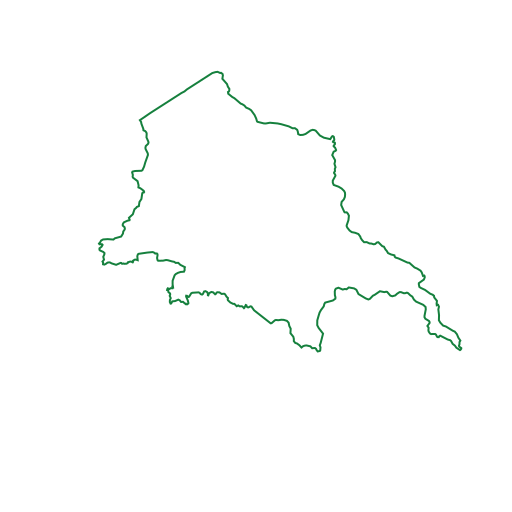 the district of Mchinji, Mchinji, Malawi, rotated 331°
{"feature_id": "42251766B46471952803478", "entity_name": "Mchinji", "entity_type": "district", "adm_level": 2, "iso_a3": "MWI", "parent_name": "Malawi", "parent_adm1": "Mchinji", "projection": "albers", "projection_center": [33.098, -13.779], "detail": "fine", "context": "isolated", "style": "outline", "palette": "green", "viewbox_px": 512, "rotation_deg": 331, "n_neighbors": 0, "source": "geoboundaries", "source_scale": "gbopen_adm2", "svg_char_len": 6138}
<svg xmlns="http://www.w3.org/2000/svg" viewBox="0 0 512 512"><g transform="rotate(331 256 256)"><path d="M220.3,80.9L220.5,83.0L219.9,84.8L219.1,90.1L218.5,91.5L219.7,93.1L220.0,94.8L219.7,96.0L217.7,99.2L217.3,103.7L216.9,104.8L215.9,105.6L212.9,106.4L211.7,107.8L211.3,108.9L211.1,113.7L210.5,115.2L204.5,120.5L201.4,123.6L198.2,125.9L197.1,125.9L191.4,123.0L188.9,122.3L188.2,122.8L187.6,125.4L186.5,126.9L186.4,127.9L188.7,133.1L187.6,137.2L186.4,139.0L187.7,140.7L188.4,142.2L189.4,144.6L189.2,145.8L188.6,146.1L187.9,145.7L187.0,145.9L183.4,150.6L180.3,152.2L177.7,155.6L175.6,155.3L174.5,155.8L172.4,156.2L168.5,159.8L163.4,161.0L163.1,163.0L162.7,163.4L160.7,162.8L156.9,162.5L155.8,163.0L154.8,163.7L154.2,164.8L155.0,167.1L154.5,168.6L153.9,169.2L151.8,170.2L150.5,171.9L147.5,173.6L141.1,172.1L139.3,172.5L134.4,169.3L130.3,167.4L128.0,167.4L126.1,168.6L124.7,169.0L124.8,169.9L127.0,171.0L127.2,171.9L125.4,173.0L122.8,173.4L122.1,174.7L122.3,175.6L124.4,178.4L124.9,180.0L124.1,181.1L122.0,182.7L121.3,185.5L119.0,186.5L119.1,187.6L118.2,189.1L119.2,190.0L120.7,190.1L122.9,189.8L124.3,190.3L125.1,190.8L126.1,192.4L129.4,195.9L134.3,196.4L134.8,196.8L135.1,197.9L136.6,198.4L136.9,198.9L138.9,199.9L140.3,200.0L140.9,199.4L143.3,199.9L144.1,200.4L145.1,201.8L145.7,201.5L146.2,200.5L148.1,200.4L149.2,200.9L150.5,202.3L152.1,198.6L153.5,197.3L154.4,197.2L162.6,200.3L167.6,202.5L168.8,204.1L169.0,205.0L170.5,205.7L170.7,206.5L170.4,207.4L168.5,209.8L167.9,211.8L168.1,212.7L172.4,215.0L175.4,215.9L176.8,216.9L179.9,220.0L181.6,221.4L182.4,223.1L184.7,224.3L185.5,227.0L188.4,231.3L187.5,232.2L186.8,233.7L185.4,234.8L182.3,233.4L179.6,232.9L177.0,232.9L175.5,233.4L171.1,237.2L169.4,240.2L168.3,243.1L168.0,242.8L167.9,243.5L167.4,243.8L165.8,242.8L164.3,242.9L163.2,241.5L162.4,241.9L161.7,242.7L162.5,243.6L161.9,245.2L162.7,247.1L162.2,248.2L161.2,249.0L161.0,251.5L159.4,252.7L158.3,254.5L158.2,256.2L158.8,256.4L160.8,255.1L163.4,256.2L166.9,256.5L167.8,257.8L168.2,259.9L170.0,260.7L170.7,263.0L171.5,263.6L171.3,264.2L172.3,264.9L173.8,264.7L174.1,264.3L174.8,261.9L175.2,257.6L175.7,256.9L176.3,257.3L177.1,259.1L177.7,259.2L181.3,257.2L182.5,257.3L188.2,260.0L188.8,260.9L189.2,262.6L190.1,263.6L191.1,263.5L193.4,261.9L194.8,262.3L195.8,264.0L195.6,265.6L194.9,267.0L195.2,267.3L196.9,265.8L199.5,265.8L200.9,267.0L201.7,269.7L202.4,269.7L203.9,268.9L204.7,269.0L206.4,270.1L207.5,272.5L209.8,273.5L210.4,274.5L210.5,277.3L211.1,279.2L210.2,280.2L210.0,281.1L211.0,284.2L212.8,286.8L213.9,287.4L214.8,290.6L216.5,290.6L217.3,292.1L219.3,293.1L219.8,294.1L220.2,295.8L220.7,295.7L223.3,293.9L223.7,294.4L223.4,295.9L223.9,296.9L224.5,297.3L226.7,297.3L227.5,298.0L228.0,302.6L236.2,322.0L237.1,322.3L241.3,321.4L242.4,321.6L244.4,323.0L247.2,324.0L249.3,325.3L251.6,327.7L252.2,330.1L251.2,333.4L251.1,336.4L248.7,340.2L249.5,344.7L248.9,346.9L247.8,348.8L248.2,351.1L249.4,352.3L250.7,355.1L251.4,358.1L253.6,357.7L255.4,358.1L256.8,358.7L259.8,361.4L260.4,363.9L262.9,365.0L263.5,366.3L263.4,367.8L263.7,369.4L265.8,370.0L266.4,369.7L268.1,367.2L268.5,365.0L270.3,363.5L277.0,356.4L275.9,349.2L276.0,346.2L278.4,342.0L281.7,338.7L284.2,336.3L286.6,334.8L290.8,332.9L292.5,331.1L293.9,330.3L301.7,332.2L304.7,331.8L305.5,330.6L306.0,328.5L307.7,325.2L309.1,323.7L310.1,323.3L312.7,323.7L315.6,327.4L317.7,327.9L319.1,329.0L321.9,328.5L326.1,331.9L327.4,334.2L327.2,339.0L331.4,346.3L333.2,348.5L334.8,348.7L339.0,347.4L341.0,347.5L347.3,346.9L350.7,349.8L352.6,350.4L353.3,351.0L354.3,355.8L355.7,357.3L358.7,358.0L361.1,357.4L364.0,357.2L365.2,357.8L367.3,360.3L368.6,360.9L370.2,361.2L371.0,362.2L371.9,365.2L373.0,367.3L373.0,370.7L373.9,373.5L378.6,379.8L379.6,382.8L378.6,385.0L374.4,390.0L373.7,391.2L373.7,393.0L375.8,396.7L375.8,397.9L375.4,398.7L372.0,400.3L372.2,402.4L370.8,404.5L370.4,405.8L370.6,408.1L371.2,409.1L374.8,411.0L375.3,412.0L375.2,414.4L375.5,415.0L376.5,415.6L377.7,414.9L378.5,415.0L383.2,422.0L385.0,423.8L385.4,424.9L385.4,428.2L386.5,430.8L386.8,433.4L388.8,437.2L389.3,437.2L390.6,436.6L390.9,436.0L389.9,434.0L389.9,433.0L391.2,431.8L392.3,429.9L393.7,429.1L393.4,425.6L393.8,421.8L393.2,418.5L391.9,416.8L387.9,409.7L385.9,407.6L384.9,403.7L384.8,400.9L387.4,396.5L389.6,391.1L391.4,389.1L391.6,386.9L391.4,386.6L390.3,386.6L390.8,385.3L392.5,383.0L391.8,378.7L392.4,377.0L391.9,376.3L391.9,375.7L390.1,373.5L387.4,367.6L384.6,363.7L383.9,362.2L384.8,359.4L385.3,358.7L391.4,358.0L393.2,356.5L393.7,355.4L393.7,354.7L392.4,354.4L393.0,350.7L392.8,348.6L390.9,345.2L389.1,342.9L386.8,336.3L385.3,335.2L379.5,327.3L377.3,325.0L377.0,323.9L377.4,322.5L374.9,320.2L372.9,317.5L372.8,314.8L372.4,313.2L372.4,309.9L371.2,308.6L369.7,303.3L368.4,302.8L366.0,303.3L364.6,302.8L362.9,301.0L361.4,300.1L359.6,297.6L357.2,296.3L356.5,293.6L356.3,291.2L356.6,289.5L356.2,286.4L353.9,283.7L351.3,281.5L350.2,279.1L349.6,275.4L349.7,274.1L350.1,273.2L354.2,269.5L356.8,265.8L356.9,263.5L356.5,261.8L354.8,260.9L354.6,260.3L355.2,252.7L357.1,250.2L360.4,249.0L362.4,247.4L363.7,245.5L364.5,243.8L364.6,241.9L363.6,238.5L361.8,235.4L358.4,231.5L358.7,229.1L359.7,227.3L364.4,224.3L364.7,223.2L364.5,221.3L364.8,220.8L366.2,220.1L367.2,218.0L368.6,216.9L369.3,213.4L371.0,211.6L371.6,210.5L371.6,204.7L374.5,202.4L376.6,202.6L377.4,202.2L377.7,199.6L377.1,197.7L377.4,197.2L379.2,196.5L379.7,195.7L379.9,195.1L378.8,194.0L378.6,193.4L379.1,193.0L380.4,192.7L381.0,192.0L381.8,189.5L381.5,188.7L381.2,188.3L380.3,188.3L377.6,189.8L372.7,185.4L370.3,181.6L369.0,175.4L368.2,174.3L366.7,173.1L364.5,172.7L358.5,173.3L355.8,172.8L353.3,171.6L352.0,169.9L352.9,167.4L353.2,165.6L352.0,163.1L349.9,162.0L347.5,158.5L341.9,152.9L339.1,150.5L332.8,146.2L328.7,144.8L327.1,143.8L322.3,139.3L322.2,138.5L322.8,135.9L323.1,132.0L322.4,126.2L321.3,124.0L319.3,121.4L318.8,118.8L317.6,116.6L316.5,115.3L313.6,107.5L312.3,105.4L310.4,100.6L311.0,99.0L311.9,99.0L312.7,98.5L313.7,97.0L313.5,94.2L314.0,91.6L312.5,84.7L314.6,82.0L315.0,80.5L314.2,78.8L313.4,78.6L311.7,76.3L309.6,75.5L306.5,74.8L276.3,76.8L273.2,77.4L269.8,77.3L232.9,79.7L220.3,80.9Z" fill="none" stroke="#15803d" stroke-width="2"/></g></svg>